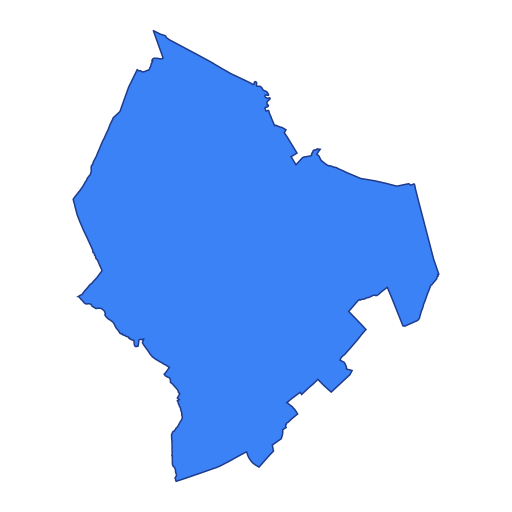 Gropnita, Iasi, Romania (Mercator projection)
{"feature_id": "2599482B43647802232250", "entity_name": "Gropnita", "entity_type": "district", "adm_level": 2, "iso_a3": "ROU", "parent_name": "Romania", "parent_adm1": "Iasi", "projection": "mercator", "projection_center": [27.271, 47.378], "detail": "fine", "context": "isolated", "style": "filled", "palette": "blue", "viewbox_px": 512, "rotation_deg": 0, "n_neighbors": 0, "source": "geoboundaries", "source_scale": "gbopen_adm2", "svg_char_len": 5965}
<svg xmlns="http://www.w3.org/2000/svg" viewBox="0 0 512 512"><path d="M430.8,285.4L432.0,284.5L433.5,282.6L436.7,278.9L437.0,277.1L438.2,275.9L437.6,274.9L438.8,274.2L433.7,259.4L417.7,197.9L415.6,189.5L414.6,184.7L414.0,183.9L410.9,185.2L408.7,183.7L397.7,186.0L396.2,186.0L385.8,183.3L374.8,180.8L360.8,178.5L346.3,172.4L343.4,170.9L339.6,169.3L336.3,167.6L333.3,166.9L330.7,165.9L329.1,165.9L326.4,164.6L321.4,160.6L320.5,159.3L319.2,156.5L319.0,156.1L318.2,155.3L316.9,154.5L317.4,153.4L318.6,151.4L320.2,149.3L317.1,148.9L317.0,149.2L316.3,149.7L315.8,149.8L315.1,149.8L313.5,150.4L313.1,150.8L312.6,152.7L311.9,153.1L311.4,155.6L310.6,155.9L303.6,157.1L302.9,157.4L302.2,158.0L300.5,159.8L296.0,164.8L291.1,156.7L297.0,153.1L287.7,137.8L284.3,132.7L286.0,129.8L282.6,127.8L281.4,127.3L280.6,127.2L275.5,125.2L274.6,125.6L271.4,118.1L271.0,116.7L270.7,116.3L269.6,113.8L269.2,112.7L269.1,111.8L268.7,110.7L268.2,110.4L266.3,111.0L266.0,110.9L265.8,110.7L265.0,108.2L265.1,107.7L265.6,107.4L266.8,107.2L267.5,106.8L268.0,106.4L268.3,106.1L268.4,105.8L268.4,105.4L268.3,105.1L267.1,104.8L267.1,103.7L266.9,102.3L267.0,102.0L267.3,101.5L269.8,99.2L270.1,98.4L270.0,98.1L269.8,97.9L269.4,97.8L268.4,98.2L267.5,98.3L265.2,97.1L264.9,96.6L264.9,95.9L265.2,95.1L265.9,95.0L268.0,95.4L268.5,95.2L268.5,94.4L267.2,92.3L265.9,91.2L263.7,90.4L262.9,89.7L262.0,88.0L260.5,86.5L258.9,86.2L257.4,86.3L256.7,85.9L256.4,84.8L256.7,83.6L256.5,82.5L256.3,82.1L255.7,81.8L255.1,81.6L254.6,82.0L254.2,82.7L254.0,84.1L253.6,84.6L253.4,84.6L249.5,82.5L231.2,73.8L221.3,68.2L209.7,61.3L169.1,39.6L166.2,37.4L165.9,36.5L165.5,35.9L165.0,35.6L160.5,34.2L153.5,30.7L153.4,30.8L163.1,58.0L162.1,58.7L160.6,58.9L157.2,58.3L154.2,58.2L152.5,59.1L151.9,60.8L152.7,61.1L151.1,64.1L150.8,66.0L149.8,67.9L149.2,69.5L148.8,70.2L147.8,70.2L144.4,71.6L142.9,71.9L142.2,71.8L140.6,70.8L138.8,70.7L137.9,70.3L137.2,69.7L128.6,87.2L119.9,111.6L113.2,117.8L112.8,119.0L110.2,124.2L108.1,129.7L106.2,133.6L104.2,138.2L102.7,141.0L101.3,144.2L99.4,148.9L97.7,152.7L96.5,155.9L93.3,162.0L92.9,163.3L92.8,164.0L91.4,165.9L91.2,166.7L91.1,168.3L91.1,168.9L91.3,169.8L91.2,171.4L90.4,174.4L88.3,176.9L87.2,178.5L86.8,179.7L86.1,180.9L85.2,182.2L82.9,186.3L81.0,188.9L80.3,190.1L78.9,191.7L73.6,198.5L73.4,198.9L73.2,199.4L73.6,201.1L74.6,204.5L75.2,207.4L77.2,214.9L80.0,222.1L82.3,227.3L83.1,229.4L87.4,238.4L92.1,248.7L92.6,250.0L92.9,251.0L92.8,252.1L94.1,253.3L94.5,254.3L94.5,255.0L95.2,255.7L95.5,256.3L95.8,258.1L96.0,258.5L96.9,259.4L97.7,260.6L100.4,266.9L101.6,269.3L101.9,270.7L101.3,271.8L99.7,273.8L97.0,277.5L92.9,281.9L91.8,283.4L90.6,284.1L89.5,285.2L88.3,286.7L87.9,287.3L84.3,291.3L81.9,294.7L80.5,295.1L78.2,296.6L78.8,296.7L79.3,297.2L81.1,299.4L82.9,301.1L84.0,302.7L85.9,303.9L86.4,304.0L88.8,303.7L90.6,304.1L90.9,304.2L92.0,306.0L92.8,306.6L96.0,308.6L96.3,308.6L97.4,308.2L99.7,308.3L101.0,308.4L102.4,309.3L103.8,310.4L104.6,311.5L104.8,312.3L105.2,313.1L105.3,314.0L105.0,314.5L104.9,314.8L104.9,315.0L106.2,317.0L108.5,319.1L110.0,319.9L113.0,322.2L114.0,323.7L115.7,327.2L116.5,328.5L117.2,329.2L117.5,329.7L118.0,330.2L118.3,330.6L118.6,330.8L118.7,331.3L119.4,332.3L119.9,333.2L120.5,333.6L121.4,333.9L121.7,333.9L122.0,333.7L122.0,334.2L123.1,335.0L124.9,335.4L125.6,336.1L126.3,336.4L128.2,337.0L129.4,337.9L129.1,338.4L131.6,339.8L131.8,339.7L133.1,340.3L133.9,340.5L134.3,344.5L134.7,345.8L135.4,346.5L136.7,346.5L138.0,346.2L138.2,345.9L138.3,344.3L138.6,343.3L138.9,340.0L140.2,339.3L141.1,339.4L141.7,339.7L142.2,339.6L142.9,339.2L143.7,339.1L142.4,342.6L142.6,343.0L143.6,344.8L149.1,352.4L149.7,353.6L152.5,356.9L155.7,359.3L157.2,360.1L159.7,361.7L161.4,362.5L164.3,364.4L165.4,364.8L169.3,367.4L166.5,371.5L164.4,374.1L164.2,374.2L164.6,374.9L165.6,376.0L166.5,376.4L167.4,377.1L168.6,377.4L169.3,377.8L170.0,378.6L170.4,379.8L170.4,382.2L170.6,382.6L171.1,382.8L172.2,383.7L177.6,389.8L178.2,391.2L178.5,392.5L179.0,393.0L179.9,393.6L177.3,398.0L179.2,399.7L177.3,400.8L177.5,401.3L178.1,401.9L178.4,402.8L178.3,403.6L178.6,403.9L179.3,405.8L179.3,406.0L179.9,406.9L180.6,408.5L180.6,409.1L180.9,410.0L180.9,410.6L181.6,412.1L181.7,412.7L181.8,415.0L182.2,416.6L182.4,417.6L181.3,420.3L179.8,422.5L179.4,423.5L177.5,426.8L175.9,428.4L175.5,429.2L174.4,430.9L173.2,431.4L172.8,431.8L171.5,434.9L171.6,435.6L171.7,438.9L172.0,441.9L172.1,451.3L172.2,454.5L171.8,455.6L172.0,455.9L172.2,456.0L172.3,456.8L172.4,464.0L172.8,465.6L173.3,466.4L173.9,467.0L174.5,467.4L174.6,467.6L175.2,469.2L175.5,470.2L175.5,471.9L175.7,472.7L176.2,473.7L176.5,475.5L175.9,476.7L175.1,477.7L175.0,477.9L175.5,478.8L175.6,479.3L175.6,480.2L176.1,481.0L176.2,481.3L184.5,478.6L202.5,472.4L212.7,468.8L216.0,467.7L220.1,466.0L230.3,460.7L235.2,457.9L244.0,453.1L246.3,452.0L246.6,452.0L246.9,452.3L247.5,454.7L248.2,456.4L249.5,458.9L251.8,462.0L252.6,462.8L255.2,464.8L259.0,467.1L269.8,454.9L273.5,451.1L272.3,445.0L281.3,438.7L282.2,435.5L282.6,433.9L282.8,432.3L282.7,429.8L286.2,427.4L285.8,426.7L285.7,426.2L285.7,425.7L285.8,425.3L285.7,425.1L285.8,424.9L286.3,424.3L286.4,423.3L288.3,422.1L292.0,418.6L297.6,414.0L296.7,412.4L294.7,409.4L293.1,407.8L292.6,407.0L288.2,403.6L287.8,403.1L286.8,402.7L292.0,398.4L300.1,392.3L301.6,394.5L309.0,387.5L313.4,383.8L317.8,379.4L324.4,386.0L331.2,392.1L349.9,374.7L352.1,370.5L346.4,369.0L346.5,367.8L346.4,367.0L346.1,366.1L344.5,362.7L343.8,362.1L340.1,360.2L340.4,359.5L340.6,358.6L341.9,356.7L345.0,354.2L347.3,351.5L350.0,348.5L358.0,339.2L361.2,335.0L364.7,330.9L366.0,329.6L361.5,324.7L348.7,311.4L351.0,308.8L358.2,300.4L359.5,299.6L360.0,300.1L362.2,299.3L363.6,299.0L364.7,299.0L366.5,297.8L368.2,297.6L369.0,297.4L373.8,295.1L374.2,295.1L375.7,295.6L376.9,295.5L379.3,293.8L380.9,292.2L387.3,287.3L391.6,297.5L402.9,325.8L404.7,326.2L417.3,320.6L418.1,320.0L419.1,318.7L419.4,318.2L420.2,315.2L421.4,311.1L422.6,308.2L423.7,304.1L425.4,299.9L426.9,295.4L430.8,285.4Z" fill="#3b82f6" stroke="#1e3a8a" stroke-width="1.5"/></svg>